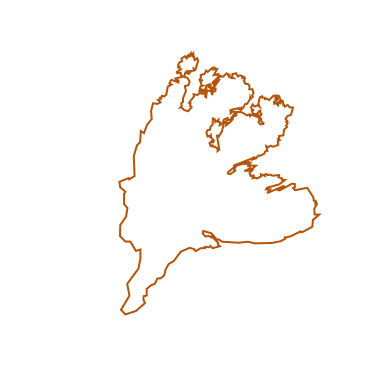 outline of Bergen nor, Hordaland, Norway, rotated 138°
{"feature_id": "86288312B18429617226236", "entity_name": "Bergen nor", "entity_type": "district", "adm_level": 2, "iso_a3": "NOR", "parent_name": "Norway", "parent_adm1": "Hordaland", "projection": "natural_earth1", "projection_center": [5.29, 60.365], "detail": "fine", "context": "isolated", "style": "outline", "palette": "amber", "viewbox_px": 384, "rotation_deg": 138, "n_neighbors": 0, "source": "geoboundaries", "source_scale": "gbopen_adm2", "svg_char_len": 6002}
<svg xmlns="http://www.w3.org/2000/svg" viewBox="0 0 384 384"><g transform="rotate(138 192 192)"><path d="M294.9,145.3L290.6,150.3L284.7,150.1L281.1,148.6L275.6,150.9L272.8,148.7L268.4,148.7L263.5,152.1L257.6,154.1L251.8,152.9L240.3,155.2L231.1,152.1L228.6,148.1L228.9,145.7L223.1,144.4L220.0,141.7L219.1,142.6L216.4,139.6L214.5,139.7L214.3,136.5L207.6,133.1L207.9,135.2L206.6,136.8L206.9,143.5L209.2,148.4L211.8,150.0L211.8,154.1L209.7,155.5L205.3,148.5L205.3,146.2L207.1,146.3L205.3,145.3L205.4,139.6L203.9,139.0L202.9,134.9L191.4,123.2L183.7,117.5L179.5,111.6L166.8,100.7L159.0,96.1L154.0,94.9L153.2,96.0L153.7,97.0L152.8,95.4L148.1,93.0L137.9,90.2L138.3,89.5L136.3,88.2L125.9,85.7L120.8,90.3L112.6,90.1L115.9,93.3L112.5,97.6L107.1,99.6L106.3,102.0L107.3,101.7L106.3,102.8L107.3,104.2L105.4,106.7L103.6,118.0L114.2,124.4L114.3,127.2L112.4,126.7L110.3,129.0L112.0,131.2L125.8,134.5L126.9,136.2L119.0,134.8L136.8,140.9L132.2,141.7L135.2,144.3L133.2,144.9L122.1,139.3L115.0,138.8L117.0,141.0L116.0,141.9L117.9,145.1L115.9,146.3L120.9,149.9L122.6,152.9L124.6,153.9L124.4,155.1L125.9,156.2L127.2,155.1L128.8,159.0L130.4,157.3L134.8,158.7L135.6,160.6L137.8,161.8L136.0,163.1L134.7,162.4L135.7,163.5L137.4,163.7L136.3,163.8L137.8,164.8L136.6,167.6L130.6,168.0L133.7,168.5L139.0,172.6L132.8,170.6L131.8,169.0L127.0,168.8L130.5,172.4L132.0,172.2L131.4,173.4L133.8,173.8L129.4,174.6L132.8,176.6L130.9,176.8L141.8,182.0L145.7,180.3L145.6,178.9L151.8,179.7L153.0,181.7L151.8,182.6L144.0,182.2L143.0,183.6L124.9,176.8L126.2,176.2L123.0,176.5L122.2,175.5L124.3,175.2L121.7,174.1L118.3,174.8L117.5,173.5L112.5,172.1L110.3,173.2L108.5,172.1L106.1,176.4L105.5,174.9L106.4,174.7L102.4,173.6L101.5,171.4L96.4,169.3L94.1,172.5L92.1,171.8L92.6,173.9L90.9,173.8L89.9,175.4L86.2,173.0L81.8,176.8L77.8,176.7L77.7,178.3L75.0,179.1L75.0,181.1L73.7,180.8L73.6,183.8L70.0,184.5L66.9,183.1L60.4,187.1L62.7,189.5L62.7,192.7L65.9,193.4L65.3,195.1L66.0,195.5L63.7,198.5L64.1,200.1L65.5,199.7L64.8,201.2L66.3,200.7L65.5,199.4L66.3,198.8L67.4,198.9L68.0,200.8L70.1,198.9L70.2,200.1L68.7,201.2L71.9,202.6L70.9,204.2L67.9,203.6L67.8,205.3L67.0,206.2L65.8,206.1L67.5,204.6L65.6,203.4L63.4,203.9L63.2,205.5L64.7,207.2L65.3,205.9L66.8,209.0L73.2,208.7L73.9,211.4L75.6,212.3L74.9,213.3L76.5,215.2L75.9,216.2L78.0,216.6L76.6,217.0L78.8,216.6L83.7,213.1L84.7,210.1L85.3,212.6L88.4,213.8L88.4,216.5L91.6,215.4L92.3,212.7L90.8,211.6L93.2,212.2L94.4,209.0L92.8,207.6L93.4,207.0L91.7,205.5L91.2,206.7L87.5,207.2L85.9,206.7L87.4,206.8L88.5,203.0L91.2,203.2L91.1,204.6L92.2,203.8L91.6,200.2L93.3,198.0L92.8,195.2L93.5,194.8L96.1,196.8L95.7,199.6L93.4,200.6L92.5,202.9L96.6,210.2L98.2,209.6L97.6,211.4L99.9,212.2L101.7,218.1L105.0,221.3L108.4,219.3L110.8,220.8L112.8,218.9L116.4,218.3L121.7,218.7L119.8,219.7L120.7,220.2L119.1,221.7L121.9,221.9L129.6,216.9L135.8,215.0L134.4,216.2L135.7,217.2L143.3,205.3L145.6,205.3L144.0,207.0L144.6,210.3L146.2,211.8L145.5,213.0L147.4,213.7L146.2,216.7L143.0,216.3L143.9,215.5L143.3,214.8L142.1,215.3L142.4,216.4L141.3,216.1L141.5,219.5L140.2,221.3L142.4,220.4L140.8,221.9L143.3,222.8L141.4,226.7L139.0,227.6L137.0,226.2L134.7,228.0L131.5,228.3L127.3,232.7L126.4,230.8L127.9,228.4L124.0,228.0L125.7,226.8L124.5,225.0L126.7,223.1L123.5,222.6L119.6,224.5L116.0,223.1L117.1,221.6L115.4,220.0L106.2,222.4L108.2,224.8L110.6,224.6L108.6,227.2L101.6,223.4L102.3,223.2L101.4,221.5L99.4,221.5L100.5,220.4L97.6,220.3L93.5,221.8L92.1,220.6L86.3,222.3L85.3,221.4L86.2,222.5L85.1,223.6L85.5,222.2L83.1,222.0L82.4,223.6L80.0,224.4L78.4,228.0L80.7,230.0L78.4,232.1L78.1,234.8L79.8,236.4L79.8,238.1L78.6,238.2L79.3,238.5L78.7,240.2L79.6,240.2L75.8,241.2L77.2,241.5L76.5,242.9L78.3,243.3L77.2,244.5L78.3,246.7L80.6,247.2L79.8,250.8L82.7,252.2L82.2,253.1L85.4,250.6L85.1,248.9L85.7,249.5L85.3,251.0L86.5,250.5L87.4,252.9L85.9,253.8L87.0,254.5L86.2,255.5L87.0,257.1L91.8,256.9L93.9,259.2L100.8,258.5L97.4,257.0L105.8,255.0L107.4,254.2L105.3,253.0L107.0,251.4L109.4,252.4L112.2,250.6L110.6,253.3L110.8,254.5L109.7,253.2L107.9,255.1L111.0,255.2L113.0,257.3L118.1,253.0L118.3,254.3L115.6,256.5L118.8,258.1L119.2,260.0L123.2,260.6L125.4,263.6L126.5,261.7L134.5,260.3L133.7,258.9L135.7,257.5L135.4,255.4L140.8,254.6L143.0,258.1L143.2,262.0L144.2,262.6L141.9,263.0L140.6,265.1L138.3,265.0L136.2,267.5L129.0,271.1L126.4,275.5L123.1,273.8L119.8,275.8L119.0,279.9L120.7,282.5L118.0,284.8L116.7,285.2L115.4,281.8L113.0,282.2L116.0,285.8L109.2,280.8L108.1,282.7L107.5,280.7L99.8,285.3L98.6,288.0L101.8,288.3L99.6,292.2L101.6,291.8L98.4,294.3L102.0,294.3L100.4,295.8L105.3,295.0L104.1,296.1L106.5,296.0L106.3,297.5L110.5,298.3L112.0,295.7L114.4,296.7L117.1,295.9L118.1,294.1L119.8,294.3L117.4,293.5L118.9,291.6L118.3,290.7L123.1,291.3L123.4,290.1L120.6,288.2L121.9,286.7L121.3,283.7L128.3,287.5L128.7,286.4L127.4,283.9L128.9,282.5L132.0,288.9L133.6,289.0L136.1,287.8L135.3,285.5L139.4,286.6L146.0,281.5L148.9,281.7L149.9,283.6L151.3,282.7L152.6,283.5L153.0,282.1L155.6,283.3L155.4,279.7L158.7,280.6L161.6,284.0L168.3,279.5L173.0,273.3L181.0,271.8L188.3,267.9L189.3,271.5L197.4,263.6L201.5,263.6L211.3,257.6L224.0,242.3L230.2,243.4L229.7,244.7L239.1,248.2L242.2,243.5L241.3,236.8L243.7,236.1L250.6,228.4L250.7,223.3L257.5,217.8L267.5,215.4L275.0,207.4L274.7,199.9L271.0,196.4L273.1,185.8L268.8,183.8L274.7,177.2L283.0,170.9L301.6,167.1L307.9,156.8L323.6,152.0L323.4,145.6L313.2,141.1L301.3,140.9L300.0,144.7L297.6,146.9L294.9,145.3ZM107.3,255.1L99.9,256.7L104.3,256.5L102.3,258.2L103.9,259.0L103.1,259.5L93.5,260.0L94.8,261.6L93.7,262.2L97.6,264.3L91.3,266.5L92.2,267.0L91.7,268.2L94.1,268.8L92.7,270.0L93.9,270.7L99.9,270.7L100.2,272.8L103.7,271.4L107.2,273.1L109.1,270.8L111.4,270.4L111.8,269.2L108.9,268.3L111.9,267.9L113.6,264.8L112.9,263.9L115.3,264.7L117.4,263.3L116.2,260.2L117.8,262.7L119.2,261.9L115.4,258.3L115.3,260.0L114.0,257.6L112.7,258.7L113.1,259.8L108.8,261.9L110.1,261.1L107.3,260.5L109.1,259.2L106.7,258.9L108.9,257.7L108.8,256.7L106.8,256.8L108.0,256.2L107.3,255.1Z" fill="none" stroke="#b45309" stroke-width="2"/></g></svg>